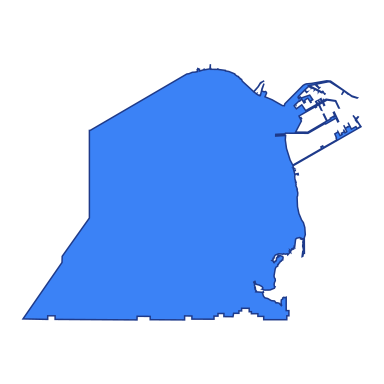 the district of 75, Al Khawr, Qatar
{"feature_id": "91078587B7321304158437", "entity_name": "75", "entity_type": "district", "adm_level": 2, "iso_a3": "QAT", "parent_name": "Qatar", "parent_adm1": "Al Khawr", "projection": "natural_earth1", "projection_center": [51.575, 25.836], "detail": "fine", "context": "isolated", "style": "filled", "palette": "blue", "viewbox_px": 384, "rotation_deg": 0, "n_neighbors": 0, "source": "geoboundaries", "source_scale": "gbopen_adm2", "svg_char_len": 5968}
<svg xmlns="http://www.w3.org/2000/svg" viewBox="0 0 384 384"><path d="M23.0,318.9L47.7,319.4L47.7,315.8L55.1,315.8L55.1,319.4L137.0,319.9L137.1,316.3L150.2,316.4L150.2,319.7L184.6,319.9L184.6,315.9L191.9,316.0L191.9,319.1L214.0,319.2L214.0,316.1L218.0,316.1L218.0,313.5L223.9,313.5L223.9,316.6L233.0,316.7L233.6,313.3L238.9,313.3L238.9,310.9L241.6,310.9L241.6,308.3L249.2,308.3L249.2,311.7L251.4,311.7L251.4,313.7L257.9,313.7L257.9,316.4L263.7,316.4L263.7,319.7L286.8,319.7L286.8,315.8L288.9,315.8L288.9,310.6L286.2,310.6L286.2,297.2L284.7,297.7L283.9,297.3L283.7,296.7L283.7,297.2L282.7,298.0L282.7,299.0L281.3,299.9L281.1,302.9L281.5,305.0L281.2,305.1L281.8,306.2L279.1,303.2L276.7,302.7L276.1,303.0L274.6,301.0L271.3,300.6L267.7,298.5L264.8,297.8L263.5,296.2L262.4,292.6L262.6,292.4L263.4,293.2L263.0,292.7L263.5,292.4L263.3,291.7L262.4,292.3L255.8,291.8L256.3,290.9L255.2,289.6L254.9,288.2L255.4,288.5L255.3,287.6L254.4,285.1L254.6,284.6L254.2,283.0L253.4,281.6L254.8,282.6L255.0,280.7L255.2,282.6L256.1,284.3L259.4,285.1L262.0,286.6L262.8,287.7L262.7,288.8L262.0,289.2L264.7,290.1L270.0,290.0L274.4,288.2L275.0,286.9L274.5,286.9L274.1,284.5L274.4,282.7L275.3,280.7L275.2,278.9L274.5,278.0L274.0,276.1L275.2,269.0L275.9,267.2L277.7,266.1L277.8,264.5L278.3,264.5L279.3,262.8L279.8,262.6L280.3,261.3L281.2,261.2L282.0,260.0L282.7,260.0L283.1,257.6L282.7,256.5L279.8,255.5L278.8,255.7L279.0,256.7L277.7,257.2L278.2,256.5L278.1,255.7L277.6,256.2L277.6,257.5L276.6,257.8L276.3,260.7L275.3,261.0L275.3,261.5L274.1,262.1L274.1,262.6L273.7,262.5L273.4,261.3L271.9,260.5L273.1,259.7L273.1,258.3L274.0,258.1L274.3,256.5L275.4,255.0L278.8,253.7L283.0,254.2L283.5,253.7L285.4,254.2L287.2,253.7L287.7,254.9L289.6,252.8L289.4,251.7L290.6,252.5L289.9,250.1L290.9,250.9L291.9,248.8L292.8,249.1L293.0,248.3L293.6,248.0L293.3,249.1L293.9,248.8L294.1,247.2L294.6,247.5L294.3,246.1L294.8,246.1L295.6,239.2L296.8,238.2L299.8,237.5L300.5,237.9L300.5,239.5L300.7,238.9L301.5,239.2L301.2,237.9L302.0,238.8L303.2,238.7L303.3,241.1L302.8,241.9L303.2,245.1L302.7,245.1L302.7,246.7L303.2,246.7L303.2,248.8L303.6,248.8L303.5,250.4L302.8,251.2L302.1,256.6L302.8,256.3L303.4,253.4L304.4,253.4L304.3,237.9L305.3,234.7L304.8,227.5L303.4,222.6L301.6,220.0L298.9,213.5L297.5,206.8L297.1,197.0L297.6,195.8L297.8,193.0L297.0,189.5L297.3,189.2L295.9,185.5L296.1,184.2L295.5,182.2L296.0,182.2L294.9,179.0L294.7,176.3L295.2,174.3L297.2,173.8L297.4,174.8L297.8,174.8L297.6,173.8L297.9,173.7L298.1,174.8L298.3,174.8L298.1,173.5L294.7,174.2L294.0,170.8L295.3,170.6L295.2,170.2L293.8,170.6L293.7,170.0L294.5,169.8L293.7,169.9L293.4,169.2L293.4,168.4L293.9,168.4L293.4,168.1L294.3,168.0L293.3,167.8L293.0,165.8L361.0,126.7L356.2,119.6L358.3,117.0L358.0,116.8L355.9,118.9L353.0,115.4L355.3,118.8L355.5,120.2L357.3,122.5L357.9,122.4L360.5,126.5L357.1,128.5L355.9,126.6L351.4,129.1L348.0,122.6L349.6,126.0L347.8,127.1L347.6,126.8L345.4,128.4L343.7,125.2L346.8,131.7L345.0,132.8L343.5,129.5L344.3,131.8L341.4,133.2L342.0,134.5L340.1,135.6L337.9,131.6L337.8,132.1L334.8,133.9L336.4,137.6L336.1,138.0L336.8,139.9L323.5,147.5L322.7,145.9L320.9,146.9L321.7,148.5L293.2,164.9L292.5,164.6L290.1,160.0L286.5,148.5L285.3,139.9L285.6,135.5L275.7,136.1L275.7,135.1L276.6,135.1L276.9,134.7L277.4,135.0L285.6,134.3L284.8,134.1L276.8,134.6L275.8,134.9L275.8,134.3L284.8,133.9L285.4,133.2L308.0,133.3L325.3,123.4L325.7,124.0L336.0,118.1L337.8,121.9L338.6,121.4L334.2,112.1L333.4,112.6L335.1,116.3L333.9,117.0L333.6,116.3L330.3,118.2L330.7,118.9L327.2,120.9L323.9,114.1L323.4,114.4L326.7,121.1L307.8,132.2L295.6,132.1L301.4,121.0L300.6,119.4L301.6,118.7L300.9,117.5L299.8,118.0L300.3,117.5L299.7,117.8L299.0,116.0L315.1,106.8L315.5,107.6L316.4,107.1L316.0,106.3L318.7,104.7L321.3,110.1L321.7,110.2L319.2,104.5L322.6,102.5L323.9,105.5L324.6,105.1L323.2,102.2L327.0,100.0L335.5,101.2L338.7,108.0L339.2,108.0L335.7,100.7L326.1,99.2L323.3,100.9L323.6,98.7L323.1,100.8L322.4,101.3L321.7,100.7L321.0,98.6L320.3,99.0L321.5,101.6L319.8,102.6L318.7,100.5L318.8,100.0L318.0,100.4L318.5,100.6L319.5,102.8L317.6,103.8L316.4,101.2L315.7,101.6L317.0,104.2L305.7,110.6L301.8,104.8L296.4,108.8L294.1,105.8L295.3,104.5L295.8,104.9L295.7,104.2L299.0,101.0L299.3,101.3L299.9,101.0L301.7,99.1L304.1,103.0L305.3,102.1L304.4,100.7L305.9,99.5L306.3,99.8L306.0,99.3L307.4,98.3L307.9,98.3L310.7,102.5L311.1,102.3L310.6,101.1L310.8,100.8L312.8,99.7L309.7,95.1L301.2,98.0L300.4,97.1L299.0,98.8L298.1,97.7L299.0,96.9L298.4,96.4L304.6,90.2L306.6,92.5L307.3,91.8L306.6,92.0L304.9,89.9L308.2,86.8L309.1,86.7L311.1,87.7L311.2,88.2L311.6,87.7L314.8,89.3L314.6,89.9L315.2,89.4L317.9,90.8L318.4,91.1L318.4,91.8L318.8,91.1L321.4,92.7L322.4,92.5L324.1,93.2L324.8,93.6L324.5,94.8L325.0,93.8L325.6,94.0L322.7,92.3L323.1,91.5L322.8,91.3L322.1,92.1L309.1,85.6L315.8,84.4L316.3,85.1L316.0,85.4L316.5,86.0L316.8,85.7L318.9,88.4L319.6,87.6L318.9,87.6L316.4,84.5L316.5,84.1L328.2,81.8L329.9,81.9L343.7,90.7L341.6,94.8L344.1,91.0L348.2,94.3L348.6,94.1L352.0,96.6L357.1,98.1L357.5,97.8L351.7,95.9L330.6,81.1L326.7,80.8L311.6,83.4L306.2,83.9L304.6,84.5L303.0,85.5L285.7,102.9L284.8,103.9L284.4,105.7L282.4,105.6L272.2,99.8L265.0,96.8L266.6,93.0L266.3,92.2L265.5,91.5L264.1,91.8L261.6,90.9L264.0,83.6L262.0,88.7L260.4,95.5L259.4,95.1L259.2,95.6L256.5,94.0L256.7,93.5L256.3,93.7L253.8,91.9L258.2,86.8L260.4,83.3L260.8,82.8L261.1,83.6L261.0,82.7L264.2,80.8L260.4,82.9L258.1,86.7L253.7,91.7L242.3,81.2L241.5,79.3L240.3,79.0L240.3,78.5L238.5,77.1L238.5,76.6L236.7,75.9L234.8,74.4L234.8,73.9L228.9,71.5L225.4,70.9L225.4,70.4L217.9,69.4L217.8,68.2L217.8,69.2L217.4,69.4L210.6,69.3L210.2,68.8L210.5,68.4L210.1,68.3L210.3,67.9L210.4,64.2L209.9,68.9L204.4,69.8L204.0,68.5L204.2,69.6L199.4,71.1L199.1,69.3L199.6,70.0L199.2,69.1L197.8,68.5L197.6,69.1L198.0,68.7L198.7,69.0L197.2,69.6L197.5,71.6L195.1,72.1L194.9,71.6L195.0,72.1L192.3,72.3L189.0,73.7L186.8,74.0L90.2,130.4L89.4,130.4L89.4,218.0L62.2,256.3L62.0,262.5L23.0,318.9Z" fill="#3b82f6" stroke="#1e3a8a" stroke-width="1.5"/></svg>